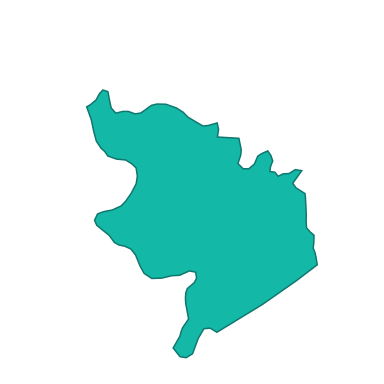 Rancho Alegre, Paraná, Brazil (Robinson projection), rotated 326°
{"feature_id": "56859067B42499431243626", "entity_name": "Rancho Alegre", "entity_type": "district", "adm_level": 2, "iso_a3": "BRA", "parent_name": "Brazil", "parent_adm1": "Paraná", "projection": "robinson", "projection_center": [-50.921, -23.064], "detail": "fine", "context": "isolated", "style": "filled", "palette": "teal", "viewbox_px": 384, "rotation_deg": 326, "n_neighbors": 0, "source": "geoboundaries", "source_scale": "gbopen_adm2", "svg_char_len": 1550}
<svg xmlns="http://www.w3.org/2000/svg" viewBox="0 0 384 384"><g transform="rotate(326 192 192)"><path d="M134.2,322.2L187.8,324.6L211.1,324.2L229.1,323.9L255.1,322.4L258.1,316.0L260.1,311.0L261.1,306.3L264.3,302.6L269.0,296.1L267.7,291.4L266.9,285.8L270.1,280.3L273.9,274.9L277.8,268.6L282.5,260.8L284.8,256.5L280.5,246.6L280.4,241.1L294.9,235.7L290.1,231.2L282.9,231.0L277.4,227.8L272.2,227.1L271.8,221.9L268.0,218.6L271.4,214.8L276.3,211.4L277.8,205.9L277.8,200.3L271.1,199.1L266.5,199.1L259.4,203.7L252.0,204.5L247.4,201.3L246.0,194.1L253.0,188.7L256.4,184.6L260.9,173.7L243.8,160.6L249.0,155.0L251.5,148.8L242.8,146.0L238.1,143.5L235.3,137.9L230.5,127.7L229.3,121.0L226.1,113.6L219.4,104.6L212.2,99.5L206.9,97.5L193.8,97.9L188.5,95.4L184.2,89.5L179.7,86.5L172.9,84.0L172.0,77.2L173.9,72.3L178.4,61.7L175.2,57.6L170.1,58.8L164.1,62.0L156.6,62.8L152.3,62.5L148.9,75.9L144.4,86.8L141.1,96.5L141.1,105.1L142.3,109.6L142.3,115.1L147.8,122.5L154.9,128.4L157.9,135.1L159.1,140.8L155.6,148.2L150.4,153.9L140.8,159.1L131.7,162.6L125.3,163.9L115.8,162.3L107.8,158.9L101.4,157.4L95.4,160.9L94.4,166.4L99.1,181.7L99.4,190.3L101.7,195.0L105.9,199.3L109.4,205.0L110.0,212.6L107.5,224.6L106.8,232.8L110.3,241.2L118.6,246.4L128.4,250.1L135.3,254.2L140.2,255.0L145.7,256.0L150.2,260.5L147.7,265.9L143.2,268.4L134.2,269.4L130.5,272.1L127.2,276.3L124.5,280.8L118.2,295.3L108.1,299.4L104.7,301.8L101.3,304.8L89.1,310.8L90.0,321.9L94.5,326.1L102.0,326.4L115.4,316.8L125.4,312.0L130.9,315.0L134.2,322.2Z" fill="#14b8a6" stroke="#0f766e" stroke-width="1.5"/></g></svg>